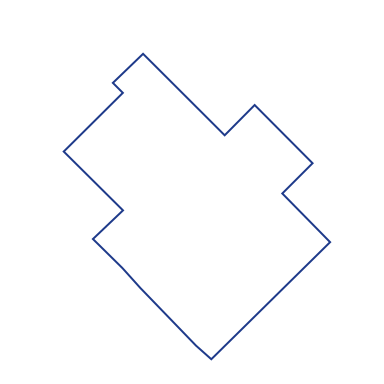 outline of Langlade, Wisconsin, United States of America, rotated 225°
{"feature_id": "52423323B38339757578599", "entity_name": "Langlade", "entity_type": "district", "adm_level": 2, "iso_a3": "USA", "parent_name": "United States of America", "parent_adm1": "Wisconsin", "projection": "albers", "projection_center": [-89.026, 45.249], "detail": "fine", "context": "isolated", "style": "outline", "palette": "blue", "viewbox_px": 384, "rotation_deg": 225, "n_neighbors": 0, "source": "geoboundaries", "source_scale": "gbopen_adm2", "svg_char_len": 362}
<svg xmlns="http://www.w3.org/2000/svg" viewBox="0 0 384 384"><g transform="rotate(225 192 192)"><path d="M127.1,297.6L209.2,297.8L209.0,255.2L226.4,255.2L324.3,255.1L325.1,213.2L311.0,213.2L311.3,129.9L227.8,130.2L228.8,88.7L187.3,89.0L160.8,87.6L80.5,86.2L60.1,87.4L58.9,254.2L127.1,254.8L127.1,297.6Z" fill="none" stroke="#1e3a8a" stroke-width="2"/></g></svg>